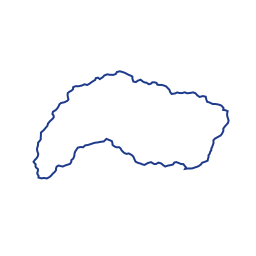 Benedito Novo, Santa Catarina, Brazil (Equal Earth projection), rotated 253°
{"feature_id": "56859067B31440957886424", "entity_name": "Benedito Novo", "entity_type": "district", "adm_level": 2, "iso_a3": "BRA", "parent_name": "Brazil", "parent_adm1": "Santa Catarina", "projection": "equal_earth", "projection_center": [-49.441, -26.794], "detail": "fine", "context": "isolated", "style": "outline", "palette": "blue", "viewbox_px": 256, "rotation_deg": 253, "n_neighbors": 0, "source": "geoboundaries", "source_scale": "gbopen_adm2", "svg_char_len": 2879}
<svg xmlns="http://www.w3.org/2000/svg" viewBox="0 0 256 256"><g transform="rotate(253 128 128)"><path d="M135.2,211.5L136.6,209.0L136.8,205.5L138.9,203.9L141.6,202.6L143.1,200.5L143.3,197.9L143.9,194.7L145.5,192.8L145.6,189.7L146.5,187.3L147.6,185.5L147.3,183.0L147.8,179.7L150.1,178.8L152.4,178.8L154.7,177.6L156.4,176.8L157.9,175.1L159.4,172.7L160.1,170.3L160.9,168.7L162.7,168.5L163.9,166.8L164.6,164.6L163.7,163.0L163.7,160.8L165.9,158.9L166.9,157.0L168.3,155.6L170.5,154.2L170.4,151.3L169.6,148.9L170.9,146.7L173.6,146.6L175.9,147.2L177.3,145.9L178.5,144.3L180.1,142.7L181.7,141.1L183.2,139.0L184.6,136.8L184.8,133.8L183.2,132.0L183.1,129.5L184.2,126.2L185.4,123.8L185.2,120.8L184.0,118.8L183.0,115.3L184.9,114.0L185.1,111.8L183.6,110.7L182.9,107.9L182.1,105.4L181.4,103.5L181.1,101.5L182.5,99.2L182.1,96.2L182.4,92.7L183.3,90.2L183.1,87.5L181.2,86.8L180.2,84.8L179.8,82.5L179.0,80.6L177.0,79.8L174.9,79.5L172.7,79.4L171.7,77.9L171.2,74.7L171.5,71.2L170.7,69.4L168.9,67.8L167.4,66.1L166.2,63.9L165.5,61.0L163.5,59.8L161.8,60.5L159.9,60.1L158.8,58.5L157.5,55.7L155.7,52.8L153.6,51.5L152.1,49.1L150.9,47.3L150.0,45.5L149.1,43.4L146.8,42.7L144.5,41.8L142.6,41.2L141.5,39.8L140.2,37.7L137.8,36.9L135.6,35.4L133.9,34.6L132.0,34.5L129.4,34.6L127.4,33.5L125.8,31.7L124.6,29.5L123.3,27.8L121.6,28.4L120.2,29.1L118.8,28.4L117.3,28.4L114.9,29.9L112.9,29.1L111.6,28.0L110.1,28.0L108.5,28.5L106.8,27.9L105.2,30.4L104.7,33.3L103.5,35.6L104.0,38.5L105.1,40.9L106.3,42.6L107.3,44.9L108.7,46.8L110.3,47.3L111.9,48.5L112.4,50.6L111.3,52.4L110.2,54.4L110.5,56.5L110.6,59.7L110.6,61.9L111.9,63.7L113.8,64.4L114.7,66.6L116.7,68.3L118.2,69.0L119.6,69.6L121.0,70.7L122.3,72.3L123.9,74.2L123.7,77.1L122.7,79.4L123.9,82.0L123.5,84.6L123.5,87.3L123.6,90.5L123.5,92.7L123.0,95.1L122.7,98.4L122.2,100.9L123.9,104.2L120.2,108.7L118.3,108.7L116.3,108.3L114.2,109.8L112.8,111.6L112.3,113.8L110.8,114.9L108.7,115.3L106.9,116.1L105.2,117.2L103.7,118.9L103.5,121.2L102.0,122.8L100.4,124.1L98.7,124.8L96.3,125.0L93.6,125.4L91.6,127.5L90.2,129.8L88.9,131.2L87.9,133.0L88.7,136.8L88.6,140.1L87.0,141.4L85.8,142.7L85.4,144.5L86.0,147.0L84.4,149.4L82.3,150.7L80.3,152.3L80.4,155.1L80.0,158.0L80.0,160.6L81.4,162.0L81.3,164.2L79.8,166.1L78.1,168.2L77.2,170.4L75.4,171.1L73.5,171.9L72.2,170.6L71.8,173.5L71.1,175.5L70.6,177.6L70.7,179.9L70.7,182.2L70.9,184.3L71.7,186.9L73.1,188.7L73.2,191.7L73.5,194.6L75.0,195.4L76.8,196.6L78.3,197.0L79.6,198.7L81.3,199.7L82.3,201.1L83.9,201.6L85.2,202.9L86.6,203.9L88.6,205.4L91.3,206.1L92.4,208.0L93.0,210.7L93.8,214.5L95.2,216.4L97.3,218.3L99.6,219.0L101.1,221.0L102.0,222.5L103.6,225.1L105.8,226.4L107.3,226.4L108.9,226.4L110.6,226.4L112.6,226.9L115.0,228.2L116.5,226.4L117.5,224.3L119.1,225.2L120.9,224.5L122.4,223.6L124.1,221.2L125.5,218.3L126.2,216.0L127.4,214.7L128.7,213.3L129.8,211.4L132.4,211.2L135.2,211.5Z" fill="none" stroke="#1e3a8a" stroke-width="2"/></g></svg>